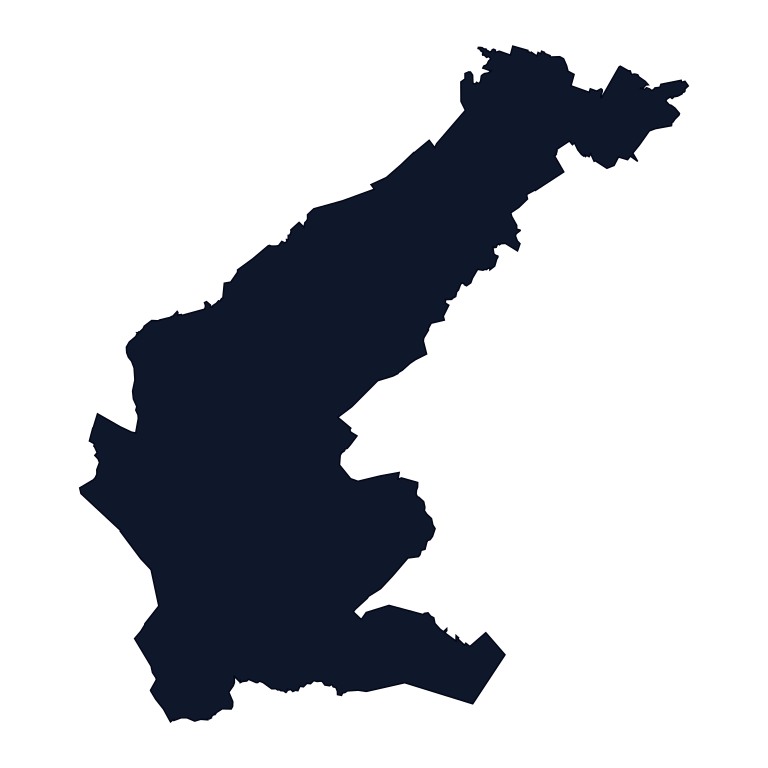 Apan, Hidalgo, Mexico (Natural Earth projection)
{"feature_id": "50627088B34468221751825", "entity_name": "Apan", "entity_type": "district", "adm_level": 2, "iso_a3": "MEX", "parent_name": "Mexico", "parent_adm1": "Hidalgo", "projection": "natural_earth1", "projection_center": [-98.42, 19.732], "detail": "fine", "context": "isolated", "style": "filled", "palette": "ink", "viewbox_px": 768, "rotation_deg": 0, "n_neighbors": 0, "source": "geoboundaries", "source_scale": "gbopen_adm2", "svg_char_len": 5996}
<svg xmlns="http://www.w3.org/2000/svg" viewBox="0 0 768 768"><path d="M688.3,85.9L685.0,81.3L681.6,82.3L681.2,80.3L660.9,84.3L659.9,87.3L654.9,87.9L653.3,89.9L650.9,90.3L649.8,89.0L646.5,87.7L644.6,89.5L642.6,88.6L640.5,88.7L640.5,87.9L643.2,88.0L645.8,85.0L648.3,84.8L645.2,81.3L639.0,77.0L637.7,74.7L634.6,74.0L631.5,74.5L630.2,70.8L628.4,70.8L620.3,66.2L619.1,66.9L601.5,97.8L600.8,97.6L600.8,96.6L602.3,91.3L602.2,89.7L601.0,88.8L596.7,91.1L590.3,88.8L589.2,92.3L571.0,85.8L574.1,74.4L568.0,71.2L566.6,65.7L563.6,58.8L559.8,56.7L551.0,57.0L549.8,56.5L550.1,55.6L544.2,53.3L544.5,52.4L541.6,51.2L540.7,53.8L538.1,52.4L536.8,56.0L531.5,52.3L531.3,52.8L527.6,51.5L527.9,50.4L512.8,46.1L510.4,55.1L499.3,51.2L495.8,52.2L495.2,51.1L495.4,50.1L493.7,49.2L492.3,49.7L491.5,51.2L489.5,52.2L488.5,51.0L487.1,50.6L486.0,49.0L483.8,48.9L482.4,47.8L480.8,47.4L478.4,47.4L478.1,48.5L479.8,49.1L480.8,50.9L483.1,52.4L482.5,54.1L482.8,55.2L484.1,55.0L486.6,57.4L488.6,56.6L490.2,57.8L490.3,59.5L488.6,61.0L487.3,63.8L486.3,65.0L483.7,66.1L482.8,68.1L491.0,70.9L488.4,72.9L484.3,73.6L482.1,75.1L481.3,76.0L480.7,80.6L479.8,82.7L478.4,83.4L476.6,82.3L475.2,84.2L472.9,83.1L472.6,75.1L470.5,72.0L468.7,71.9L465.0,73.5L465.0,79.0L460.9,81.9L461.0,101.4L465.4,110.3L436.7,143.6L434.7,147.7L429.2,140.3L413.8,153.1L413.6,152.7L401.0,164.8L386.3,177.6L371.0,184.6L374.4,189.2L342.6,200.8L313.8,208.8L307.5,214.7L307.6,219.0L306.5,221.1L304.9,222.6L303.9,227.2L299.1,222.4L290.8,229.9L291.1,231.4L290.5,233.7L289.5,235.2L288.2,235.4L288.3,239.5L286.5,239.5L286.8,240.9L285.9,242.6L284.4,242.7L281.8,241.4L278.6,245.6L275.7,246.1L271.4,246.1L269.5,245.4L268.2,245.8L252.8,258.8L237.6,269.9L237.5,272.3L230.7,282.1L224.3,283.2L222.9,297.7L221.5,298.7L219.8,301.3L218.5,300.8L216.4,303.3L212.9,305.6L212.1,307.2L211.1,307.4L210.5,305.1L206.5,301.6L204.5,302.6L205.4,305.3L205.3,307.2L204.5,309.2L181.8,315.4L181.4,314.5L177.7,315.0L177.9,312.4L177.2,311.4L173.0,316.0L171.1,316.7L171.1,317.2L159.8,319.9L158.2,320.8L151.7,320.5L144.3,326.1L143.0,328.8L139.5,332.1L138.9,331.8L138.3,332.7L137.0,332.7L137.7,333.5L136.8,334.1L135.9,336.4L129.3,342.0L126.4,347.1L126.7,352.6L128.4,357.2L131.6,361.2L134.1,367.9L134.9,380.0L132.6,391.1L133.4,399.0L136.8,406.5L135.8,410.1L138.0,414.9L138.3,418.5L135.7,433.0L131.4,432.1L120.0,426.7L97.5,413.8L93.4,427.3L92.8,428.0L89.4,441.0L94.3,443.7L93.9,446.3L94.6,446.9L97.2,452.7L94.8,455.4L98.0,458.8L99.5,462.5L96.8,469.7L96.9,474.2L95.3,477.6L93.4,479.8L79.7,487.9L81.0,493.6L120.6,530.5L120.2,531.2L140.8,558.7L151.1,569.7L158.8,606.0L144.9,623.7L144.7,625.0L140.8,631.3L134.6,638.6L151.1,666.1L152.5,672.6L155.8,677.6L156.4,679.7L150.5,690.3L150.7,690.9L155.6,699.1L163.5,709.1L170.5,721.9L173.2,719.6L173.8,720.5L181.1,717.8L187.0,717.8L194.7,721.1L200.6,719.3L207.7,719.8L207.5,719.0L209.4,718.9L211.5,717.8L211.3,716.7L214.4,714.0L214.9,714.6L215.8,713.6L215.4,713.2L222.2,708.8L231.2,709.0L232.6,706.4L232.8,701.7L228.8,692.2L233.3,685.7L234.4,682.6L234.3,676.3L239.5,681.6L240.2,680.9L240.3,682.6L242.5,681.5L246.8,681.0L248.5,679.3L256.2,682.6L257.6,682.6L259.3,681.3L260.0,681.3L263.2,682.6L271.7,688.8L275.7,688.7L277.8,690.0L279.4,689.6L280.4,690.6L283.6,690.9L285.9,692.5L286.9,691.5L287.5,689.4L288.6,690.1L290.6,689.4L292.8,691.5L295.4,690.3L297.9,690.7L299.9,686.3L303.5,686.8L306.8,683.4L310.6,683.7L313.7,680.6L317.1,681.5L321.1,681.1L322.4,681.6L324.8,685.0L329.6,685.8L330.9,684.7L331.9,684.7L333.3,686.9L335.8,687.4L337.4,691.2L337.5,694.6L341.5,695.4L342.6,693.0L345.1,692.5L347.3,690.9L358.1,690.2L366.4,691.4L404.7,682.7L472.7,703.8L505.0,654.8L485.8,632.7L469.9,646.5L465.8,643.2L464.5,645.2L458.0,639.0L458.6,637.8L456.1,635.6L456.0,641.1L445.0,633.0L446.8,630.6L446.7,628.6L443.5,631.7L440.3,629.4L434.9,623.4L433.8,617.8L430.6,616.1L428.0,612.8L424.2,613.4L423.3,614.6L389.0,605.4L366.2,612.5L361.3,619.5L353.3,611.9L355.2,609.3L367.3,598.2L368.5,596.3L380.6,588.7L392.8,575.6L407.9,558.0L418.5,556.6L420.0,554.7L421.2,550.3L425.0,549.3L426.8,542.1L427.8,540.4L430.1,539.7L432.5,536.4L435.1,528.6L432.8,524.9L431.5,518.6L426.9,514.3L424.4,510.7L424.9,507.3L423.7,501.7L418.9,497.3L417.4,496.7L416.1,494.0L416.5,490.1L417.6,487.1L417.7,482.5L401.4,477.9L397.9,479.3L399.2,472.5L380.4,475.9L358.0,481.3L350.6,478.7L339.5,465.0L340.2,455.3L341.7,452.8L344.5,450.8L345.1,449.0L347.3,448.3L350.3,444.8L357.0,435.9L350.7,432.1L349.8,429.9L350.8,428.2L337.8,417.3L351.7,406.8L377.7,380.7L393.0,376.0L397.8,373.6L398.8,372.3L402.3,370.2L409.9,363.4L415.5,359.6L426.6,354.0L423.3,341.0L423.8,337.9L428.4,330.2L427.9,330.1L428.6,328.0L431.2,323.2L444.3,320.1L443.3,316.2L448.8,305.2L445.7,303.3L445.3,301.9L445.7,299.6L451.8,299.4L452.1,298.6L455.7,296.5L456.7,291.8L458.4,290.1L460.4,284.7L461.8,282.9L464.0,283.7L464.4,284.7L466.5,285.8L470.8,282.8L472.5,278.1L477.6,269.4L483.0,270.2L485.0,269.4L486.6,269.6L488.0,268.3L489.9,268.0L489.9,269.8L494.7,266.1L496.7,259.2L498.0,256.9L497.8,256.0L496.0,255.5L493.9,254.0L492.8,247.1L493.5,246.7L494.2,247.6L496.2,247.3L497.2,244.8L498.5,244.1L499.5,244.8L500.9,243.7L505.4,243.4L517.5,250.9L520.0,243.7L517.4,241.0L515.4,235.9L516.2,233.7L520.2,230.6L520.0,230.0L517.1,229.3L516.7,228.5L516.7,225.3L511.7,216.4L510.8,212.8L518.8,207.4L527.5,199.0L526.8,195.8L527.0,194.3L534.8,190.1L535.3,190.5L563.8,171.9L554.4,155.6L555.4,155.4L556.4,154.1L555.7,153.4L556.6,152.6L557.1,150.6L556.7,149.4L569.4,141.0L572.4,144.7L574.5,142.9L577.8,149.8L581.5,154.5L583.9,156.2L584.9,154.9L585.5,156.5L586.8,155.5L589.1,156.7L590.7,153.7L594.1,161.3L595.3,160.8L606.9,168.3L614.1,165.4L618.5,157.0L627.6,159.7L630.3,156.1L637.7,161.4L632.8,153.1L639.5,144.8L649.3,130.9L655.5,128.6L671.5,125.7L671.9,122.4L673.0,122.0L674.8,119.3L679.0,115.1L679.5,113.5L675.0,108.1L671.2,105.3L669.2,104.8L666.0,101.2L666.1,100.2L667.2,98.8L670.8,96.6L671.0,97.6L672.1,98.5L673.8,97.1L673.9,96.3L675.2,96.6L677.8,96.1L682.0,93.9L682.7,92.4L684.4,91.9L684.9,91.2L685.1,88.9L688.3,85.9Z" fill="#0f172a" stroke="#020617" stroke-width="1.5"/></svg>